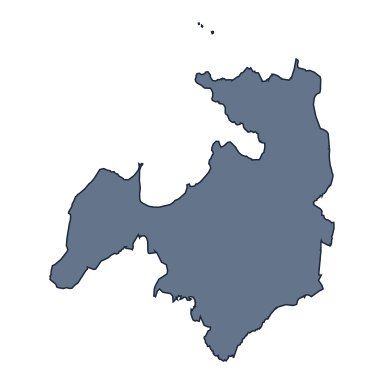 the district of Musoma, Mara, United Republic of Tanzania
{"feature_id": "72390352B7456768278221", "entity_name": "Musoma", "entity_type": "district", "adm_level": 2, "iso_a3": "TZA", "parent_name": "United Republic of Tanzania", "parent_adm1": "Mara", "projection": "equal_earth", "projection_center": [33.547, -1.825], "detail": "fine", "context": "isolated", "style": "filled", "palette": "slate", "viewbox_px": 384, "rotation_deg": 0, "n_neighbors": 0, "source": "geoboundaries", "source_scale": "gbopen_adm2", "svg_char_len": 5995}
<svg xmlns="http://www.w3.org/2000/svg" viewBox="0 0 384 384"><path d="M334.0,228.3L333.8,222.4L331.6,222.7L330.1,221.2L327.9,219.9L326.7,219.9L324.2,218.1L323.7,215.4L321.8,215.3L321.9,210.9L320.3,208.8L313.7,204.6L313.9,203.5L313.3,202.7L314.9,200.8L316.7,200.3L317.1,198.8L319.9,197.0L320.2,195.5L321.9,195.8L322.0,196.3L322.9,193.9L324.3,193.4L325.9,191.7L327.7,188.0L330.2,185.5L329.8,185.3L330.8,184.9L332.8,177.4L332.9,174.5L331.7,171.6L331.8,170.8L330.1,164.8L329.4,158.6L329.2,155.7L329.6,150.1L329.2,149.5L329.5,149.6L328.2,134.1L327.6,132.6L326.2,131.2L323.2,129.4L320.4,128.6L315.8,116.3L313.4,104.6L314.2,98.3L315.0,96.4L316.8,94.0L319.8,92.6L320.4,90.0L320.7,79.5L320.1,76.8L314.4,72.3L309.8,70.4L306.0,70.9L304.9,69.5L299.0,68.0L297.7,66.8L297.5,65.0L298.2,61.3L297.9,60.2L296.1,59.1L294.2,69.2L291.4,78.0L290.9,77.7L289.2,80.1L281.6,79.0L281.6,78.3L280.6,78.1L278.2,76.0L273.9,74.3L271.9,74.2L272.0,75.7L271.4,75.6L270.3,76.7L268.4,80.3L268.2,79.0L266.8,79.7L265.8,81.1L262.1,81.4L262.2,80.6L258.3,72.8L255.1,72.8L254.8,71.3L252.9,71.6L250.7,67.8L249.5,69.0L247.1,67.6L243.0,72.5L241.2,73.0L238.9,76.5L237.3,77.0L232.2,80.5L232.3,80.0L229.0,79.7L225.8,80.0L224.3,78.6L223.0,78.5L221.9,79.3L222.0,78.5L219.2,79.8L218.0,79.5L215.8,81.0L212.7,80.6L210.2,76.7L210.4,75.1L207.9,71.7L205.5,72.2L205.1,73.2L202.9,74.4L201.4,74.6L199.5,73.3L197.4,73.6L196.6,74.1L196.0,75.9L196.2,77.2L195.2,79.4L195.6,81.0L196.9,82.9L201.5,85.4L204.4,88.0L210.6,88.3L212.7,92.4L212.7,96.0L211.9,98.5L212.4,100.4L215.8,101.9L217.7,101.3L218.6,102.7L219.2,102.3L219.4,103.6L222.6,104.0L224.0,105.2L225.3,107.7L225.2,112.6L225.7,114.0L227.6,115.3L229.4,120.2L232.4,122.3L233.4,122.4L234.1,121.9L234.0,121.3L236.2,124.4L237.3,124.9L240.1,124.2L240.4,123.0L242.6,123.7L243.2,124.3L243.7,127.7L244.8,128.4L245.1,129.6L246.3,130.1L248.1,132.2L250.3,131.7L250.6,131.0L253.7,132.5L255.5,131.6L256.7,133.2L257.9,133.6L258.3,137.8L259.6,141.6L260.8,141.2L261.0,142.4L264.7,143.2L264.9,146.9L263.9,152.3L262.2,153.9L259.5,159.6L251.7,159.9L251.7,159.1L247.9,157.5L246.6,156.1L245.3,156.4L241.4,154.8L239.1,152.8L236.1,148.6L236.0,147.6L230.4,142.0L227.7,142.4L224.0,145.8L221.0,147.2L219.9,145.2L218.7,141.4L216.1,141.3L213.3,144.0L211.9,147.8L211.7,150.2L213.0,152.0L213.2,154.2L212.5,154.6L210.7,158.9L209.5,160.0L208.8,163.6L210.1,165.6L210.7,168.1L208.5,172.6L206.4,175.1L200.6,181.7L197.3,184.0L196.1,183.9L194.6,186.1L190.3,186.5L189.2,184.0L187.0,184.7L187.1,187.8L185.3,193.1L178.7,198.9L174.8,200.6L173.6,202.2L170.1,204.6L159.0,207.2L153.6,207.1L148.6,206.2L142.9,203.3L140.7,201.7L140.3,200.7L139.8,199.2L139.6,194.1L140.3,187.7L139.4,180.7L139.6,170.2L141.1,166.0L142.6,164.6L142.6,163.6L141.4,163.6L140.5,165.1L138.9,163.8L139.2,167.1L138.3,170.1L134.4,175.3L128.6,179.7L123.8,179.6L122.9,178.3L118.9,176.0L117.7,174.0L115.4,173.4L114.1,171.7L111.4,172.0L110.0,170.6L107.8,170.4L103.8,168.6L99.8,169.5L94.2,178.5L90.8,182.5L89.2,183.6L85.1,188.6L79.1,193.8L77.7,194.4L76.6,196.2L75.6,196.6L73.8,201.2L72.3,203.7L71.8,206.6L68.6,212.1L68.5,213.0L70.3,214.4L70.7,215.9L70.3,220.3L69.3,223.9L66.9,238.9L66.4,245.7L67.9,249.5L67.1,251.6L60.7,259.7L54.8,264.6L52.4,265.7L51.0,271.8L51.0,274.7L50.0,276.3L50.4,277.0L50.0,279.4L55.9,284.3L56.8,287.0L58.1,287.6L63.3,288.6L66.5,287.6L69.9,288.5L72.1,288.1L74.8,285.1L77.8,283.1L85.8,270.7L87.4,269.1L87.4,267.1L93.7,269.4L95.7,269.0L101.1,261.1L108.2,257.8L111.3,255.0L114.7,253.3L116.4,254.0L118.6,253.2L119.1,251.3L120.8,251.2L121.9,249.3L123.4,248.8L124.3,246.8L126.0,246.7L125.4,247.5L126.1,248.4L130.2,248.8L132.4,249.8L133.2,247.2L132.9,243.8L138.3,234.6L139.5,237.7L140.1,236.0L140.9,236.7L142.2,235.8L144.8,235.9L146.4,237.8L147.7,241.3L147.9,251.1L148.4,253.0L149.3,253.5L155.4,252.7L154.9,251.1L157.1,253.1L161.5,262.2L166.3,264.7L167.6,270.3L167.1,273.8L158.9,279.3L155.5,285.5L154.4,288.4L153.8,296.0L155.5,296.8L157.4,291.0L159.6,289.0L162.8,292.2L170.4,293.6L172.7,296.0L173.1,301.8L174.7,300.6L175.3,299.1L176.1,298.9L177.4,299.7L176.5,297.4L177.3,297.8L178.6,295.7L179.4,296.4L180.9,295.9L180.8,297.7L180.1,299.3L182.8,298.4L183.1,297.4L183.8,297.1L186.3,297.7L187.3,300.2L189.7,300.2L191.4,299.1L189.3,298.4L189.1,297.0L190.6,296.6L193.2,297.2L195.0,300.1L195.0,302.1L195.5,302.4L195.1,304.2L195.4,304.7L194.9,305.5L195.4,306.3L194.2,306.6L194.7,307.0L194.6,307.5L193.9,307.5L191.4,311.5L191.6,309.6L191.2,309.2L190.9,313.6L192.6,319.0L193.4,320.2L195.1,321.0L196.0,320.5L199.2,321.3L200.4,316.6L204.2,325.3L208.2,327.0L210.5,327.0L210.2,330.0L208.1,330.9L205.8,335.8L204.2,337.1L204.2,338.3L205.5,340.9L205.3,341.9L205.7,343.0L207.2,344.6L207.5,346.4L209.6,345.9L210.6,349.0L211.7,349.9L212.0,351.0L213.2,351.0L213.1,353.0L213.9,353.4L213.9,354.5L215.4,355.8L216.9,355.6L217.3,356.3L218.3,355.8L218.1,356.8L218.7,357.0L218.6,358.5L219.8,359.4L221.1,359.3L222.1,360.4L223.7,361.0L224.9,359.9L226.1,360.9L228.5,357.6L228.5,356.0L231.1,356.4L231.9,355.2L232.6,355.1L233.3,357.4L233.7,357.3L237.7,345.6L240.3,344.5L240.7,343.0L242.1,342.2L242.6,338.9L243.9,338.5L246.0,335.3L246.6,335.6L248.2,332.4L249.6,332.9L252.8,330.8L255.0,331.0L255.9,329.7L257.5,329.6L257.7,328.7L259.3,328.9L259.6,327.8L260.4,328.0L261.6,326.1L262.8,322.4L264.0,322.2L264.7,320.3L266.3,318.8L267.7,319.1L268.7,317.8L268.4,317.0L269.6,316.3L270.5,314.3L276.0,307.9L276.1,308.5L278.2,306.9L286.2,304.6L293.0,305.5L296.6,304.4L297.6,300.5L299.3,298.3L301.0,297.9L302.1,296.7L302.8,297.1L304.1,295.8L304.6,297.2L305.3,295.6L306.6,294.8L309.1,295.2L311.3,296.7L318.9,291.2L323.1,289.0L321.9,285.3L318.5,280.3L321.3,275.1L319.0,275.0L318.8,273.5L321.0,250.0L320.4,249.8L320.9,248.6L320.9,242.8L321.3,240.6L322.0,242.1L327.8,245.1L329.7,245.8L330.1,244.5L330.7,245.3L331.4,243.7L331.7,239.7L332.2,238.6L331.7,236.5L332.3,235.6L334.0,228.3ZM212.2,33.7L213.4,33.0L213.4,31.6L212.5,31.3L211.5,31.8L212.2,33.7ZM202.3,27.1L202.7,26.2L201.7,25.2L201.5,26.5L202.3,27.1ZM199.3,24.2L199.0,23.0L198.4,23.3L198.6,24.3L199.3,24.2Z" fill="#64748b" stroke="#1e293b" stroke-width="1.5"/></svg>